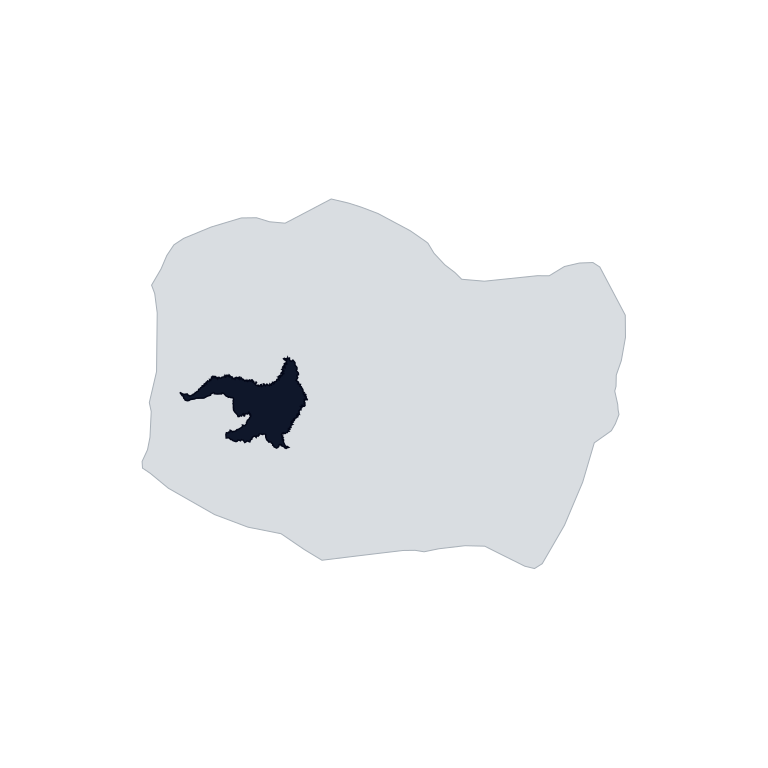 Matsoku, Leribe, Lesotho shown in context, rotated 232°
{"feature_id": "5366337B96273842849421", "entity_name": "Matsoku", "entity_type": "district", "adm_level": 2, "iso_a3": "LSO", "parent_name": "Lesotho", "parent_adm1": "Leribe", "projection": "orthographic", "projection_center": [28.558, -29.136], "detail": "fine", "context": "in_parent", "style": "filled", "palette": "ink", "viewbox_px": 768, "rotation_deg": 232, "n_neighbors": 0, "source": "geoboundaries", "source_scale": "gbopen_adm2", "svg_char_len": 7157}
<svg xmlns="http://www.w3.org/2000/svg" viewBox="0 0 768 768"><g transform="rotate(232 384 384)"><path d="M488.7,499.0L470.4,504.7L467.9,505.3L456.2,503.9L440.5,505.3L428.2,508.5L418.7,509.7L403.2,526.4L375.0,571.4L367.6,580.8L365.5,598.5L359.0,612.5L351.1,623.4L343.3,626.1L319.8,621.9L289.7,616.5L272.1,603.0L256.3,585.4L248.0,572.5L239.3,565.4L236.4,561.5L224.0,555.6L219.4,552.5L215.3,550.4L210.2,541.8L207.2,534.4L208.2,513.5L199.4,501.2L184.3,480.1L174.7,462.8L161.6,439.3L153.4,419.0L145.0,398.1L145.9,389.0L153.7,382.8L176.5,371.9L194.2,363.5L206.7,348.3L220.4,325.8L227.1,312.3L233.8,306.1L241.1,296.5L253.9,275.4L268.1,251.9L283.3,226.6L302.8,219.2L329.4,210.7L354.9,188.7L385.4,170.1L434.6,149.9L457.6,144.8L466.4,141.9L471.9,145.7L477.8,157.2L486.1,166.8L505.6,183.6L513.8,187.6L533.8,212.4L555.2,229.5L579.7,249.1L596.4,259.0L605.0,261.7L611.9,279.1L619.0,292.0L623.0,304.1L622.1,315.8L614.1,344.5L602.7,373.8L593.5,385.9L582.4,393.6L571.6,405.1L567.3,428.6L562.3,456.3L548.2,467.6L537.3,475.0L522.1,484.2L488.7,499.0Z" fill="#d9dde1" stroke="#a8b0b8" stroke-width="1"/><path d="M453.5,304.6L452.1,303.8L453.3,303.2L453.5,302.4L452.3,300.9L453.0,299.5L453.1,298.7L452.2,298.1L452.0,297.4L453.3,297.7L453.9,297.2L453.4,296.8L453.4,295.4L452.4,294.5L452.8,294.1L454.1,294.0L453.4,293.3L453.3,292.6L453.9,292.6L454.5,291.7L455.3,291.9L456.0,291.6L455.6,289.4L457.8,289.5L458.2,289.2L458.3,288.7L457.9,288.6L456.5,289.0L457.2,287.9L457.2,286.1L457.7,286.0L459.1,286.9L459.4,286.2L459.0,285.3L459.0,284.2L459.5,283.8L460.0,284.2L460.6,284.1L460.6,283.2L461.3,283.0L462.2,282.2L463.6,282.4L463.4,284.0L463.7,284.5L464.2,284.4L463.8,283.8L463.9,282.8L464.2,282.4L464.8,282.2L465.9,282.7L466.1,281.9L466.3,281.8L467.3,282.7L468.5,282.6L468.8,282.0L468.1,281.3L468.2,280.7L468.8,280.3L469.9,280.6L470.1,279.9L469.9,278.3L471.3,278.4L470.9,277.7L472.1,277.2L472.0,276.2L474.1,276.0L474.4,275.4L474.7,275.7L475.3,275.3L476.7,275.3L476.2,274.0L476.3,273.5L478.3,274.6L478.5,274.1L477.3,273.2L477.3,272.7L477.8,272.4L478.6,273.5L479.0,272.0L479.7,272.1L480.2,271.7L479.6,270.0L480.3,270.2L480.2,269.7L480.5,269.6L480.2,268.9L481.2,268.8L481.7,267.6L482.9,268.7L483.2,268.5L482.7,267.7L483.4,268.1L484.8,266.7L485.2,267.1L484.4,267.7L486.6,267.5L486.0,266.2L487.4,265.9L487.8,265.3L487.1,264.8L486.9,263.8L488.3,263.9L487.5,263.1L488.4,262.9L488.1,262.2L488.6,261.1L489.1,260.7L488.9,259.5L489.9,258.2L490.9,258.1L490.5,256.4L491.0,256.7L491.8,256.5L491.6,256.2L490.9,256.1L491.0,255.8L492.4,255.5L493.3,254.4L493.2,255.6L493.6,255.8L494.9,254.4L494.6,253.9L495.6,253.6L495.6,253.2L495.0,253.2L495.4,252.2L494.3,251.9L494.5,250.6L493.5,249.6L493.7,249.2L494.5,249.1L493.9,248.7L493.8,247.8L495.0,246.9L494.4,246.2L494.8,245.6L494.8,244.9L493.7,244.3L494.4,244.1L494.6,242.1L493.4,242.0L493.7,241.1L493.1,240.6L493.3,240.1L494.1,240.3L494.5,239.6L493.7,238.8L493.9,237.0L493.4,235.9L493.9,234.7L492.6,233.4L493.2,231.9L492.9,230.8L493.4,230.1L493.0,229.8L493.1,228.6L492.9,227.7L493.3,227.4L492.9,226.9L493.3,226.5L493.9,223.5L494.9,223.3L495.9,222.7L497.3,222.8L498.9,220.1L500.1,219.2L503.0,218.0L499.0,217.8L497.8,218.4L496.2,217.5L494.7,217.7L493.7,217.4L491.9,218.7L491.1,220.1L490.9,222.1L488.9,225.4L488.4,227.3L483.8,233.4L483.2,237.3L482.0,240.4L482.8,241.4L482.2,244.4L481.4,244.7L480.8,244.3L478.7,246.5L476.9,249.1L476.3,249.6L476.2,250.3L476.6,250.9L475.8,251.6L475.3,251.9L471.7,252.2L470.0,253.3L469.4,253.1L468.8,254.3L467.6,254.9L466.2,256.6L464.5,256.1L463.7,254.8L461.9,253.8L461.5,252.9L460.4,252.6L457.7,250.4L457.1,250.4L456.3,249.5L454.0,249.2L449.5,249.6L448.9,249.1L448.1,249.0L447.5,249.9L447.8,251.2L446.5,252.0L447.3,254.2L447.3,254.8L446.5,254.7L445.4,253.9L444.7,254.4L446.0,256.3L445.7,257.1L444.7,257.6L444.2,258.2L444.3,258.8L445.1,259.8L445.1,260.2L444.7,260.3L441.8,259.2L441.6,259.5L441.8,259.9L441.5,259.8L440.3,258.7L440.3,257.6L439.7,256.8L439.4,255.3L439.5,253.9L438.7,253.3L438.5,252.1L437.2,251.2L436.8,248.7L438.7,247.2L438.0,246.9L437.4,245.3L437.9,241.2L438.6,240.0L438.3,238.3L438.7,237.0L439.6,235.8L439.6,235.1L441.9,234.6L442.3,234.2L441.4,233.4L441.0,232.5L441.8,231.8L441.4,231.0L442.6,229.8L441.5,228.3L438.6,226.4L437.2,228.6L434.5,229.1L433.9,229.9L432.4,230.1L429.7,231.9L429.3,233.3L429.7,234.4L428.7,235.4L427.6,235.9L427.9,237.5L426.3,238.5L423.6,238.3L423.4,239.6L423.6,241.0L421.0,242.6L422.2,244.5L422.0,246.1L422.6,246.5L423.0,247.5L422.9,249.4L422.2,250.3L420.7,250.4L421.4,251.4L421.2,252.2L420.4,252.6L420.6,254.1L421.3,254.4L421.3,255.1L420.7,256.0L418.8,257.4L418.8,258.5L418.4,258.9L417.1,259.7L414.9,258.1L412.1,257.2L411.0,257.5L409.0,257.5L408.5,258.8L407.8,259.1L406.8,258.9L406.4,259.3L404.9,259.3L404.3,258.6L403.3,259.0L402.0,258.7L400.8,259.5L399.8,259.7L399.4,261.2L399.6,261.5L399.5,262.3L400.7,264.2L400.0,265.3L399.7,265.2L399.7,265.7L399.1,265.9L398.4,265.2L396.3,266.5L394.4,266.6L394.1,267.1L393.5,267.2L393.4,268.5L392.8,269.8L394.4,269.3L395.1,268.2L396.6,268.2L399.9,268.9L401.3,269.7L401.5,270.2L402.2,269.8L402.4,270.4L403.1,270.0L403.3,270.7L403.8,270.6L404.0,271.2L404.3,271.1L404.2,271.6L404.9,271.4L405.5,272.0L405.7,271.5L407.4,272.2L407.2,272.9L407.9,273.7L407.4,274.2L407.4,274.8L406.5,274.5L406.5,275.4L405.8,275.9L406.1,276.8L405.3,278.0L406.0,279.3L405.4,280.0L406.5,280.0L406.7,280.3L406.2,281.7L407.5,281.6L407.0,282.5L407.8,283.2L407.1,284.0L408.2,284.6L408.8,285.5L408.6,286.1L409.2,286.3L408.7,287.0L410.2,286.7L410.0,288.2L410.9,287.5L411.5,287.8L411.4,289.4L410.5,289.5L410.7,290.0L411.5,290.3L412.2,291.4L412.0,291.9L411.1,291.7L411.9,292.8L411.4,293.8L411.7,294.9L411.2,295.7L411.5,296.0L412.8,295.9L412.7,296.5L412.1,297.0L412.3,297.4L413.5,297.2L413.3,297.8L412.2,298.7L413.9,299.4L414.0,299.9L415.1,300.1L415.4,302.0L414.8,302.7L416.0,303.5L416.0,304.4L416.4,304.7L417.0,304.6L416.3,305.3L416.4,305.9L417.8,306.0L417.3,306.7L416.4,306.6L415.8,307.0L415.5,307.7L415.7,308.5L416.4,309.0L417.6,309.0L417.6,310.0L418.2,310.2L419.3,310.0L419.9,311.5L421.0,311.7L420.8,312.1L418.9,313.7L419.1,314.1L420.8,313.9L421.7,314.8L422.4,314.3L423.3,315.0L423.6,314.8L423.4,314.2L423.7,314.1L424.1,314.6L423.5,315.6L423.8,315.9L424.4,315.7L425.5,314.3L426.1,314.6L426.3,315.8L428.2,315.3L428.9,316.3L429.9,316.7L431.2,316.7L432.8,317.1L434.1,316.4L435.1,317.9L436.8,316.3L437.2,316.4L437.3,317.3L438.2,317.7L441.0,316.9L442.1,319.9L443.7,320.2L444.5,320.9L444.0,322.3L444.8,322.9L445.7,323.3L448.5,323.1L449.1,323.6L449.2,324.5L450.7,325.6L453.7,325.5L455.7,327.0L458.9,326.9L458.9,325.0L459.7,324.4L461.1,324.4L462.6,325.4L462.9,324.1L463.9,324.3L463.4,323.8L464.0,323.1L464.5,321.8L465.6,321.3L465.7,320.4L464.3,320.5L463.4,321.0L463.6,322.0L463.2,322.4L462.8,322.2L462.4,321.2L461.6,321.0L461.4,320.2L460.4,320.1L460.5,319.2L461.3,318.6L461.3,317.8L460.9,317.7L460.0,318.6L460.3,317.5L460.0,316.4L459.0,316.7L457.8,316.0L459.8,315.0L459.6,314.5L458.8,314.8L458.3,313.5L458.4,312.5L455.9,313.1L455.9,312.7L456.6,312.3L455.9,310.8L456.1,310.1L455.8,309.4L455.5,309.5L454.3,311.5L453.9,311.4L454.2,310.7L453.5,308.7L454.7,308.2L454.8,306.2L453.5,307.0L453.0,306.2L454.2,304.9L453.6,305.0L453.5,304.6Z" fill="#0f172a" stroke="#020617" stroke-width="1.5"/></g></svg>